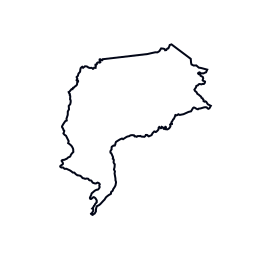 the district of Yalinga, Haute-Kotto, Central African Republic, rotated 202°
{"feature_id": "33826404B77142922363915", "entity_name": "Yalinga", "entity_type": "district", "adm_level": 2, "iso_a3": "CAF", "parent_name": "Central African Republic", "parent_adm1": "Haute-Kotto", "projection": "orthographic", "projection_center": [23.642, 7.657], "detail": "fine", "context": "isolated", "style": "outline", "palette": "ink", "viewbox_px": 256, "rotation_deg": 202, "n_neighbors": 0, "source": "geoboundaries", "source_scale": "gbopen_adm2", "svg_char_len": 5806}
<svg xmlns="http://www.w3.org/2000/svg" viewBox="0 0 256 256"><g transform="rotate(202 128 128)"><path d="M177.8,91.5L176.6,91.3L175.7,91.0L175.0,90.8L173.8,90.3L173.0,89.8L171.9,88.9L171.1,88.1L170.6,87.3L170.2,86.2L169.7,85.4L169.9,84.7L170.3,83.9L170.6,82.9L170.8,82.2L170.9,81.5L170.9,80.3L171.1,79.6L171.5,79.2L172.1,78.7L172.5,78.2L172.9,77.3L173.1,76.8L173.7,76.1L174.2,75.7L174.9,74.8L175.4,74.5L175.6,74.4L176.4,74.0L177.1,73.4L177.2,73.2L177.3,72.9L177.2,72.6L176.4,72.1L176.1,71.9L175.3,71.2L175.0,70.7L174.9,70.4L174.9,70.0L175.4,69.2L176.4,67.7L176.5,67.4L176.5,67.0L176.3,66.8L176.1,66.6L175.8,66.5L175.0,66.4L174.2,66.7L173.9,66.9L173.6,67.0L173.2,67.0L172.9,66.9L171.7,66.4L171.3,66.4L170.0,67.1L168.9,67.1L167.8,67.0L167.0,67.0L165.8,66.9L164.3,66.6L163.1,66.2L162.4,66.0L161.3,66.5L160.9,66.5L159.5,65.8L159.2,65.6L158.2,65.5L157.8,65.4L157.5,65.2L157.1,65.2L156.3,65.5L155.0,65.7L154.7,65.8L154.3,65.8L153.5,65.6L153.0,65.4L152.7,65.3L151.9,64.8L151.2,64.6L150.8,64.6L150.2,64.8L149.8,64.8L148.7,64.8L147.5,65.6L146.9,65.8L145.9,66.0L145.6,65.9L144.9,65.4L144.6,65.2L143.9,65.1L142.7,65.5L142.3,65.4L142.0,65.3L140.6,64.3L140.1,64.1L139.3,64.1L137.9,64.2L137.3,64.4L136.8,64.7L136.1,65.6L135.7,66.0L135.3,66.0L134.1,65.9L133.5,65.6L133.1,65.2L133.2,64.9L133.2,64.5L133.0,63.8L132.9,63.6L132.7,63.3L132.5,63.1L132.3,62.9L132.1,62.4L132.1,62.0L132.4,60.6L132.6,59.9L132.8,59.7L133.2,59.3L133.8,59.1L134.4,58.5L135.2,57.6L135.8,56.5L135.9,56.3L136.6,54.9L136.8,54.6L136.9,54.4L137.2,53.7L137.2,53.3L137.0,52.3L137.0,52.0L137.2,49.5L137.2,49.2L137.1,48.8L136.9,48.6L136.5,48.2L136.1,48.2L135.7,48.3L135.2,49.0L134.2,50.9L134.0,51.0L133.6,51.1L132.9,51.0L132.2,50.8L131.6,50.5L130.5,49.6L130.0,49.3L129.8,49.1L129.6,48.5L129.6,48.1L129.2,47.7L129.2,47.4L129.4,46.7L129.9,45.6L130.0,44.8L130.0,44.0L130.2,43.4L130.4,43.1L130.4,42.3L130.6,41.2L131.0,39.9L130.0,39.9L129.5,39.0L129.2,38.1L129.5,36.0L129.9,35.2L130.2,34.7L129.9,34.4L128.8,34.2L128.2,34.2L128.0,34.8L126.9,36.2L126.7,37.5L126.5,38.6L127.1,40.2L127.4,41.2L127.6,43.2L127.5,43.9L126.0,45.6L125.2,47.0L123.7,51.0L122.9,52.9L122.7,54.3L122.3,55.9L120.8,58.5L119.2,60.5L119.3,61.1L119.6,61.9L119.6,62.7L119.0,63.4L118.7,64.2L118.8,65.8L118.3,68.1L118.1,70.1L118.7,73.0L119.2,73.9L120.0,74.8L120.8,76.6L123.4,80.8L123.9,82.9L125.5,84.3L125.8,86.7L126.7,89.4L127.5,89.8L128.4,90.6L128.7,91.3L128.9,92.3L129.5,93.5L130.6,93.8L130.9,95.3L134.0,98.3L134.9,98.5L135.4,99.2L135.6,100.2L135.2,102.1L135.8,103.3L136.0,104.6L135.5,105.2L134.9,106.3L133.7,106.7L133.6,107.9L133.9,109.0L133.9,110.7L131.2,114.4L129.6,116.0L128.4,115.8L126.0,119.2L125.3,119.9L123.7,121.0L123.4,121.6L122.7,122.3L121.6,122.9L120.7,123.2L119.7,123.5L119.4,123.3L119.0,122.8L118.6,122.7L118.4,122.9L117.9,123.2L117.6,123.2L117.1,123.0L116.6,123.1L116.1,124.0L115.7,124.3L114.4,124.7L114.1,125.0L113.5,125.3L112.8,125.1L111.8,125.2L110.9,125.6L109.6,125.9L108.9,127.0L108.9,128.2L108.3,128.5L107.5,128.7L107.1,128.6L106.3,128.1L105.6,128.0L103.5,130.2L103.3,132.3L102.4,134.6L101.9,134.8L101.5,134.7L101.0,134.6L100.4,135.0L99.6,136.7L99.2,138.1L99.7,139.8L99.4,140.7L98.7,140.6L97.9,140.2L97.4,140.1L97.0,140.5L97.1,141.7L96.7,141.7L95.6,141.5L95.1,141.2L94.7,140.7L94.2,140.6L93.9,141.0L94.0,142.4L93.8,143.1L93.3,143.1L93.0,142.8L92.9,142.2L92.9,141.4L92.6,141.0L90.9,141.5L89.7,143.1L89.3,145.0L89.4,146.0L90.2,146.8L90.0,147.7L89.5,148.0L88.8,148.2L88.9,148.6L89.6,148.9L89.9,149.5L89.4,151.6L89.4,152.8L88.9,153.6L88.8,156.2L88.8,156.8L89.0,157.6L88.8,157.8L88.4,157.4L87.2,158.4L86.8,158.9L86.5,159.6L85.9,159.6L85.3,159.4L84.6,159.7L81.7,161.6L77.9,165.6L75.8,167.1L75.2,170.9L74.6,171.7L73.8,171.8L72.0,171.5L70.8,171.4L70.1,171.6L69.8,172.3L68.1,173.3L65.1,175.7L63.5,176.5L62.5,176.5L61.5,176.0L60.7,175.9L59.9,176.7L59.5,179.6L62.9,179.9L65.3,181.6L66.3,181.7L66.8,181.1L68.0,181.2L68.6,182.5L69.4,182.8L69.9,183.4L70.6,183.4L71.4,183.6L71.7,184.2L72.4,184.6L73.7,184.9L74.9,185.4L76.4,185.6L77.9,186.9L79.8,187.5L80.8,188.4L80.2,191.1L80.4,192.6L79.2,193.7L78.8,195.0L78.1,195.6L76.2,196.0L75.4,196.8L74.2,197.2L73.7,198.7L74.0,199.9L76.4,200.0L76.7,200.2L76.9,202.3L77.7,203.3L78.8,203.5L80.2,203.6L80.8,204.3L81.5,204.5L82.7,204.4L83.5,204.9L83.5,205.3L83.2,205.8L82.5,206.4L81.8,206.3L81.2,205.9L78.3,207.0L77.8,207.7L76.5,208.9L76.4,211.8L82.8,211.0L85.0,210.5L88.1,211.6L90.6,210.5L92.9,210.7L93.9,212.0L95.7,215.6L119.0,221.8L120.4,220.6L120.3,219.1L120.4,216.9L121.1,216.6L121.5,215.8L121.7,214.6L122.7,214.0L123.6,214.9L125.0,214.8L127.1,214.2L127.7,211.0L129.0,209.2L131.1,208.4L134.9,205.8L137.6,203.9L177.2,182.3L177.2,181.2L177.8,180.9L178.5,181.2L179.1,181.3L179.7,181.3L180.0,180.9L179.8,180.3L179.3,179.8L179.2,179.4L178.7,179.0L178.3,178.6L178.6,178.1L179.3,177.8L179.9,177.8L180.7,177.3L181.1,176.4L180.8,175.5L181.1,174.9L181.9,174.6L181.9,174.3L181.6,173.8L181.0,173.3L180.6,171.6L181.9,171.3L182.2,170.7L182.3,170.0L182.7,169.7L183.3,170.0L183.8,170.1L184.5,170.1L185.1,169.7L185.8,169.4L186.5,169.3L187.4,169.2L187.9,169.4L188.6,169.6L189.4,169.6L191.0,169.1L192.2,167.0L193.4,167.6L193.9,166.8L194.3,165.8L194.1,164.3L193.5,162.2L194.3,159.9L194.0,157.6L194.7,156.0L194.3,155.4L193.6,154.9L193.3,154.3L193.6,153.3L193.5,152.9L193.0,152.8L192.5,153.1L192.1,153.1L191.8,152.8L191.7,152.0L192.2,151.4L191.6,149.4L191.7,148.4L192.4,147.0L193.0,146.3L193.2,145.5L193.5,144.8L194.0,144.6L194.0,143.2L194.9,142.9L195.9,139.8L196.5,139.1L195.9,138.4L194.8,137.9L194.4,137.3L194.5,136.8L193.5,136.0L192.4,132.8L191.6,132.3L190.9,130.7L190.5,128.5L191.2,126.2L189.7,123.2L190.0,120.8L188.8,117.6L188.5,113.5L187.6,112.0L188.7,110.9L189.4,107.8L189.8,104.8L189.2,103.8L188.3,103.4L187.8,102.9L187.2,102.0L186.2,101.7L185.9,101.0L185.8,98.7L184.2,97.9L182.6,97.6L178.1,93.6L177.8,91.5Z" fill="none" stroke="#020617" stroke-width="2"/></g></svg>